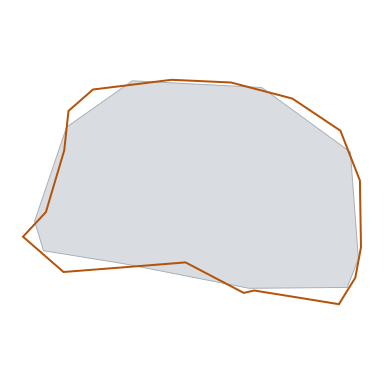 Rarotonga on a map of Cook Islands (orthographic projection)
{"feature_id": "COK-4953", "entity_name": "Rarotonga", "entity_type": "state/province", "adm_level": 1, "iso_a3": "COK", "parent_name": "Cook Islands", "parent_adm1": "", "projection": "orthographic", "projection_center": [-159.787, -21.22], "detail": "fine", "context": "in_parent", "style": "outline", "palette": "amber", "viewbox_px": 384, "rotation_deg": 0, "n_neighbors": 0, "source": "natural_earth", "source_scale": "10m", "svg_char_len": 521}
<svg xmlns="http://www.w3.org/2000/svg" viewBox="0 0 384 384"><path d="M347.2,287.4L249.0,288.3L124.8,263.9L43.5,250.7L34.6,221.2L66.6,127.1L132.4,80.8L261.9,87.6L350.4,152.1L358.4,259.1L347.2,287.4Z" fill="#d9dde1" stroke="#a8b0b8" stroke-width="1"/><path d="M171.5,79.8L231.0,82.5L292.4,98.6L340.4,130.7L359.9,180.5L361.0,247.2L355.3,277.7L338.9,304.2L254.2,290.5L243.7,292.9L185.5,262.4L63.5,272.0L23.0,236.7L45.9,212.1L64.2,150.5L68.5,110.9L93.0,89.5L171.5,79.8Z" fill="none" stroke="#b45309" stroke-width="2"/></svg>